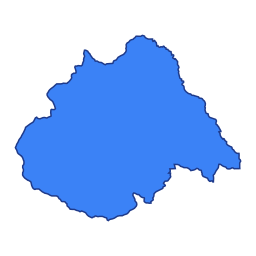 the district of Guatuso, Alajuela, Costa Rica
{"feature_id": "36466004B87915732060573", "entity_name": "Guatuso", "entity_type": "district", "adm_level": 2, "iso_a3": "CRI", "parent_name": "Costa Rica", "parent_adm1": "Alajuela", "projection": "albers", "projection_center": [-84.82, 10.704], "detail": "fine", "context": "isolated", "style": "filled", "palette": "blue", "viewbox_px": 256, "rotation_deg": 0, "n_neighbors": 0, "source": "geoboundaries", "source_scale": "gbopen_adm2", "svg_char_len": 5771}
<svg xmlns="http://www.w3.org/2000/svg" viewBox="0 0 256 256"><path d="M239.0,153.4L236.9,153.3L236.3,153.0L234.6,151.6L233.7,150.0L232.6,149.3L232.1,148.6L232.0,147.6L231.6,147.0L229.8,146.3L227.4,144.9L226.5,143.7L226.6,141.7L225.8,141.3L225.7,141.1L224.8,140.4L224.5,139.4L224.1,138.8L223.6,138.6L223.2,138.7L223.0,139.2L222.8,139.1L220.8,136.6L220.1,134.8L220.1,133.6L218.9,131.8L219.3,131.6L220.9,131.5L220.8,130.9L218.7,127.1L218.4,126.4L217.8,126.0L217.1,124.8L216.4,124.5L216.0,124.1L216.0,122.5L216.4,121.4L216.4,120.8L216.0,119.9L215.6,119.4L209.8,117.4L209.2,116.9L208.6,116.0L208.3,115.2L208.2,114.0L207.8,113.7L206.4,113.4L205.9,112.8L205.0,110.0L205.3,107.7L204.8,107.0L204.8,106.5L205.2,105.8L205.4,103.7L205.0,102.3L204.4,101.1L203.1,99.9L202.2,98.7L201.3,98.3L199.3,98.1L198.9,97.8L198.9,97.4L198.5,96.9L194.3,95.7L193.8,95.4L192.2,95.3L191.5,95.0L190.7,94.0L189.3,93.8L188.3,93.4L186.3,91.9L184.9,90.3L184.2,88.9L184.0,86.9L183.8,86.2L183.3,85.6L182.2,84.9L182.0,84.6L182.0,84.0L182.7,83.2L183.6,82.5L183.6,81.3L183.3,81.1L181.6,80.8L181.4,80.3L181.6,79.9L181.6,79.1L180.1,78.4L179.8,77.9L178.5,72.7L178.8,71.3L178.1,70.0L178.2,68.9L178.9,67.6L178.9,67.2L178.4,65.8L177.5,64.6L177.6,61.6L175.4,58.8L175.1,58.7L174.8,59.0L174.6,59.9L174.6,58.7L173.3,58.3L172.8,57.9L172.7,57.4L173.6,56.2L173.7,55.2L173.4,54.9L171.6,54.9L171.7,53.9L171.2,53.0L171.0,51.6L169.2,51.2L168.8,50.4L168.2,50.1L167.8,49.4L166.1,49.2L166.0,48.0L165.8,47.8L164.5,47.4L164.2,46.5L163.9,46.3L163.3,46.2L162.5,47.0L160.9,46.7L159.9,47.3L159.4,47.3L158.4,46.6L158.0,45.8L157.4,46.1L157.0,46.1L156.7,45.8L156.7,44.8L156.2,42.5L155.2,41.6L154.7,40.6L154.2,40.4L153.6,41.2L153.0,41.4L152.5,40.5L152.5,39.0L148.5,39.1L147.1,38.6L145.5,37.7L145.0,37.2L144.5,36.1L142.6,35.4L141.9,35.6L141.2,36.1L140.7,36.3L136.1,36.2L135.0,37.6L133.9,38.4L133.1,39.3L131.5,39.7L130.2,40.3L128.5,42.3L127.3,42.8L126.2,44.4L126.2,46.0L126.4,47.0L125.9,48.2L125.9,48.8L126.2,49.2L126.2,50.6L125.7,52.0L124.6,53.2L124.4,53.7L123.7,54.1L123.2,54.6L120.8,55.7L118.1,57.3L116.4,59.8L113.9,60.8L113.5,61.3L112.9,63.2L112.7,63.4L106.9,63.8L106.5,63.9L105.3,64.7L104.3,64.3L101.4,62.5L99.1,62.3L97.2,61.1L95.4,61.1L94.9,60.7L94.7,59.6L92.4,58.1L92.1,57.5L90.4,55.1L89.9,53.9L88.5,52.6L87.7,51.2L85.7,50.2L84.5,50.2L83.8,53.1L83.7,53.8L84.5,55.8L84.5,56.8L84.0,57.6L83.6,59.3L83.7,60.8L82.6,63.3L82.6,63.9L82.2,65.0L81.8,65.5L81.2,65.9L78.1,65.6L76.9,66.1L75.3,66.1L75.1,66.4L74.8,67.2L76.0,71.0L76.0,72.8L75.1,73.2L73.7,73.2L72.2,74.1L71.6,74.6L71.4,76.4L71.7,77.7L71.4,78.6L69.9,80.6L68.7,81.9L67.6,82.7L67.4,83.1L66.5,83.4L63.2,83.2L62.4,83.6L60.9,83.9L56.7,83.9L55.5,84.9L53.5,86.8L50.9,88.7L49.6,89.9L48.9,90.8L47.9,92.7L47.3,93.4L47.1,93.9L47.1,95.1L47.9,96.8L50.1,99.5L51.7,100.6L52.8,101.7L54.4,105.3L55.4,108.5L54.8,109.3L54.5,109.5L53.2,109.6L51.5,109.4L51.0,109.8L50.9,110.2L50.7,113.0L50.9,113.7L51.1,116.0L50.3,116.5L48.5,117.1L46.9,118.0L46.3,117.9L44.7,117.5L43.1,117.6L40.0,118.8L39.2,118.8L37.5,118.3L36.7,117.2L35.4,117.9L33.9,120.9L33.0,122.2L30.3,123.8L25.6,127.3L25.1,129.1L23.4,132.7L21.7,135.6L21.0,137.2L19.1,139.6L17.9,142.4L16.7,144.3L16.2,146.0L15.4,147.5L15.7,148.4L16.7,150.0L17.6,152.8L18.5,153.9L20.0,154.9L20.6,155.6L21.2,155.7L21.5,156.2L21.7,156.3L22.7,157.9L23.6,160.5L23.8,160.7L24.0,162.1L23.9,163.6L23.7,164.5L22.7,165.8L22.7,167.7L23.4,169.3L23.4,171.2L22.7,172.6L22.6,175.0L23.5,176.6L24.9,178.2L27.9,180.3L28.3,180.3L29.8,181.1L30.7,181.8L31.0,182.3L31.7,185.5L32.7,187.8L33.4,188.6L34.4,189.3L35.3,189.3L35.8,189.0L38.9,189.0L42.4,191.9L43.5,192.4L44.6,193.1L47.1,193.7L48.4,194.2L50.2,195.3L51.8,195.9L56.5,195.9L57.3,196.4L57.7,196.4L59.1,198.7L60.3,199.4L61.5,201.3L62.2,201.6L64.0,201.6L64.9,201.8L66.3,203.4L66.9,203.7L67.0,205.1L67.2,206.0L69.0,207.5L69.9,209.0L70.3,209.2L72.4,209.4L74.2,209.4L75.4,209.8L76.2,210.3L78.8,210.9L79.6,211.6L80.6,211.6L81.3,211.0L82.8,211.4L85.6,212.7L87.1,214.8L88.5,216.1L91.7,217.7L92.6,217.6L93.2,217.0L94.6,216.7L95.1,216.0L95.8,216.0L97.5,216.6L98.7,216.6L99.2,216.4L102.2,216.4L103.0,216.6L105.0,217.5L106.6,217.9L107.3,220.1L108.4,220.6L109.3,219.7L109.9,219.4L112.6,218.8L114.4,218.1L117.4,216.2L119.6,215.7L122.3,215.7L124.1,214.8L126.9,213.9L128.3,212.7L129.8,210.6L132.9,209.2L134.5,208.2L136.3,206.1L136.7,205.1L136.8,204.2L136.5,202.7L134.9,200.7L134.9,199.3L134.6,198.6L134.4,198.5L134.3,198.0L132.9,195.4L133.1,193.7L133.7,193.0L134.9,193.2L137.3,194.5L138.9,194.6L140.3,196.2L141.3,197.0L142.8,197.6L144.3,197.9L144.4,198.9L144.1,199.7L144.2,201.5L145.3,202.5L146.2,202.9L147.6,202.9L149.3,203.2L151.0,203.1L150.9,201.6L153.1,200.0L153.2,199.0L152.9,198.5L152.8,197.9L153.5,197.0L153.8,196.2L154.1,193.6L156.1,191.7L162.4,188.6L162.9,188.1L163.0,187.3L163.3,186.7L164.7,186.2L165.3,185.7L165.2,185.2L163.5,183.4L163.6,183.0L165.0,181.2L167.3,181.0L167.9,180.7L170.6,177.0L170.7,176.2L170.2,175.1L170.5,174.0L170.5,173.2L168.7,173.1L169.3,172.4L170.2,171.7L170.2,170.2L169.8,168.9L175.3,168.6L174.3,164.4L177.7,164.5L179.1,165.0L179.9,165.6L180.5,166.3L182.5,166.9L183.8,167.6L187.0,167.7L188.8,168.6L190.4,170.0L190.8,170.6L193.8,170.0L195.1,169.5L196.8,168.4L198.1,168.7L199.3,170.0L201.0,170.2L201.3,170.5L201.7,172.5L202.2,173.5L202.0,174.2L202.2,174.9L203.1,176.4L207.5,178.2L208.0,179.1L208.5,180.3L209.7,181.3L210.3,181.3L210.8,181.0L212.1,180.9L212.3,181.0L212.6,181.8L213.4,181.9L213.6,178.0L213.3,175.2L213.7,174.6L214.5,174.0L215.9,171.1L218.3,167.7L218.8,164.5L218.9,164.3L220.2,164.3L221.2,164.8L221.7,165.3L223.3,166.3L225.8,167.1L227.0,168.6L228.0,168.9L229.6,168.9L230.4,168.7L232.1,167.8L233.3,168.1L234.1,168.7L239.8,168.6L239.7,167.0L239.7,163.1L239.9,162.4L240.6,161.5L240.6,160.8L240.2,159.8L239.1,158.8L239.0,157.3L239.1,155.5L239.0,153.4Z" fill="#3b82f6" stroke="#1e3a8a" stroke-width="1.5"/></svg>